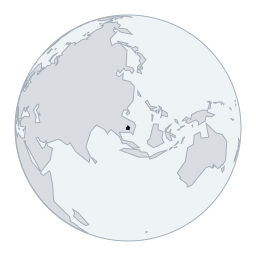 globe centered on Kâmpóng Thum, rotated 326°
{"feature_id": "KHM-1788", "entity_name": "Kâmpóng Thum", "entity_type": "Province", "adm_level": 1, "iso_a3": "KHM", "parent_name": "Cambodia", "parent_adm1": "", "projection": "orthographic", "projection_center": [105.072, 12.831], "detail": "fine", "context": "on_globe", "style": "filled", "palette": "ink", "viewbox_px": 256, "rotation_deg": 326, "n_neighbors": 0, "source": "natural_earth", "source_scale": "10m", "svg_char_len": 9693}
<svg xmlns="http://www.w3.org/2000/svg" viewBox="0 0 256 256"><g transform="rotate(326 128 128)"><circle cx="128" cy="128" r="113" fill="#eef3f6" stroke="#a8b0b8"/><path d="M232.5,164.6L232.3,165.4L232.3,165.5L232.5,164.6ZM179.8,28.0L180.2,28.3L184.2,30.8L180.4,28.7L190.6,35.4L193.6,38.7L187.9,33.6L185.6,32.2L186.5,33.5L184.3,32.4L183.5,32.5L180.7,31.1L177.7,28.7L175.9,27.9L176.6,28.9L174.3,28.5L173.5,27.0L169.5,26.2L163.6,22.8L163.7,21.3L158.1,19.5L157.5,19.3L165.1,21.7L172.6,24.6L179.8,28.0ZM232.0,84.8L232.0,84.7L231.9,84.5L232.0,84.8ZM187.6,33.0L186.9,32.3L188.3,33.4L187.6,33.0ZM183.8,32.8L184.7,33.4L183.9,33.2L183.8,32.8ZM179.0,31.1L177.4,30.8L178.5,30.6L179.0,31.1ZM176.1,30.3L172.3,30.0L174.0,31.2L167.0,27.8L172.6,29.0L173.7,28.6L174.4,29.5L176.1,30.3ZM163.8,26.2L162.4,25.9L163.3,25.7L163.8,26.2ZM155.4,18.8L155.2,18.7L151.9,18.0L151.4,17.9L148.8,17.3L151.7,17.9L155.4,18.8ZM146.7,16.9L145.3,16.7L147.5,17.1L145.1,16.8L143.9,16.5L143.4,16.5L142.6,16.4L146.7,16.9ZM137.1,15.7L137.3,15.8L136.2,15.7L137.1,15.7ZM140.3,16.0L138.3,15.8L138.6,15.9L140.3,16.0ZM143.9,16.7L147.9,17.3L148.1,17.4L143.9,16.7ZM136.1,15.7L136.7,15.7L135.8,15.6L136.1,15.7ZM141.4,16.3L142.8,16.5L141.4,16.3ZM136.7,15.8L136.0,15.7L137.0,15.8L136.7,15.8ZM138.8,16.0L138.6,16.1L137.9,15.9L139.4,16.1L138.8,16.0ZM141.3,16.3L141.8,16.4L140.7,16.3L141.3,16.3ZM133.1,15.8L131.9,15.5L134.3,15.6L135.1,15.8L133.1,15.8ZM39.0,58.9L38.9,59.4L38.1,60.7L34.7,65.2L31.0,74.2L34.0,70.8L34.1,76.8L36.5,78.4L43.7,69.7L39.8,66.8L42.7,61.9L48.6,60.4L52.5,63.5L53.8,61.8L54.3,56.5L58.2,54.3L54.8,54.5L53.9,56.6L51.8,57.0L52.4,55.2L53.8,54.3L53.5,52.9L47.1,57.7L45.5,60.3L42.8,59.5L39.9,64.0L38.1,65.4L42.3,58.5L44.2,56.4L49.4,48.8L47.2,50.8L42.1,58.3L42.3,57.4L39.2,60.8L41.8,57.4L47.9,49.3L47.5,49.2L47.3,49.5L58.2,39.6L57.9,39.9L61.5,37.5L61.5,37.9L67.2,34.2L68.0,34.1L64.4,36.2L62.0,38.1L62.7,39.8L64.1,39.4L67.7,37.0L67.5,38.0L70.9,35.5L73.4,35.9L73.2,33.5L77.5,31.2L81.4,30.3L82.7,29.2L76.5,30.9L74.0,32.1L71.9,33.6L65.2,37.0L64.0,37.1L71.0,32.4L70.1,32.1L75.9,29.0L89.2,25.5L92.6,25.9L89.2,30.8L85.9,31.7L85.5,30.3L82.0,33.5L84.1,32.3L83.9,33.3L87.9,31.8L88.0,32.5L91.8,30.1L92.3,30.8L89.9,32.3L96.3,31.2L98.5,32.5L99.9,32.0L100.8,31.0L103.0,33.6L103.9,33.1L103.6,32.1L105.3,30.5L109.1,28.9L109.6,29.9L108.3,30.6L106.4,33.7L102.8,35.8L103.5,36.0L106.7,34.5L109.0,30.6L111.2,29.4L110.5,31.1L110.9,30.4L112.2,30.1L113.9,30.9L114.8,29.0L127.7,26.0L132.3,27.5L130.3,29.1L139.9,29.2L144.4,31.7L144.0,30.6L148.4,30.4L147.1,29.6L147.2,29.1L157.8,29.1L160.7,30.1L164.9,29.6L164.8,29.1L162.9,28.3L167.0,27.8L174.0,31.2L174.0,32.0L178.4,33.9L177.8,35.7L179.3,38.3L176.2,39.6L177.7,41.8L179.2,42.3L182.4,46.0L183.6,52.4L175.9,44.8L172.7,36.4L173.4,39.4L171.2,38.1L170.2,39.0L170.9,41.4L172.2,42.0L163.0,44.1L160.6,50.8L165.6,50.9L168.8,53.5L170.5,63.1L161.1,75.5L165.3,80.5L165.5,83.6L161.9,85.2L161.4,80.6L157.8,78.8L158.1,76.2L152.1,77.8L152.3,74.1L147.6,77.5L149.4,80.5L154.6,80.2L150.5,85.0L155.8,90.7L156.4,97.2L147.5,108.1L138.4,111.1L137.9,113.2L134.3,110.6L129.5,114.4L136.1,126.8L135.9,130.2L128.2,136.3L128.0,133.7L118.5,126.8L116.7,134.9L123.9,142.3L126.3,150.5L120.8,147.6L118.3,140.4L114.9,137.7L115.9,130.6L113.2,119.7L107.6,121.3L108.0,117.0L103.5,107.9L95.4,109.9L82.7,119.8L80.8,130.5L76.4,134.7L71.4,118.2L71.7,107.7L68.2,108.1L64.4,98.5L53.0,95.5L52.8,92.6L50.4,93.3L47.9,89.8L48.3,85.3L46.1,84.9L45.5,97.0L48.0,97.5L52.2,94.0L51.4,98.1L54.0,102.6L45.8,110.9L31.3,115.6L32.4,107.4L34.3,83.7L35.7,81.6L35.8,81.3L36.0,80.8L33.6,84.2L34.8,79.8L31.0,95.5L29.3,102.0L31.1,116.0L30.3,117.0L31.6,120.2L38.9,119.5L38.4,122.2L33.4,133.4L25.5,147.1L28.0,159.1L29.9,168.6L28.2,173.1L31.6,180.8L31.2,182.5L33.4,186.7L34.9,190.3L36.2,193.2L35.8,192.7L31.4,186.0L27.6,179.0L24.2,171.8L21.4,164.4L19.1,156.8L17.3,149.0L16.1,141.2L15.5,133.2L15.4,125.3L15.9,117.3L16.9,109.4L18.5,101.6L20.6,94.0L23.3,86.5L26.5,79.2L30.2,72.2L34.4,65.4L39.0,58.9ZM54.1,72.1L58.1,74.1L60.7,67.7L62.5,68.1L62.8,65.9L60.9,67.3L62.2,61.7L65.5,60.8L67.3,58.4L66.0,57.7L59.7,60.2L57.9,68.1L55.1,70.0L54.1,72.1ZM64.9,34.7L65.0,34.6L71.9,30.3L72.3,30.2L70.9,30.9L70.4,31.3L68.1,32.6L61.7,37.1L59.5,38.6L59.9,38.3L64.9,34.7ZM89.4,22.2L88.9,22.4L86.4,23.3L89.4,22.2ZM98.4,19.3L97.6,19.5L97.8,19.5L98.4,19.3ZM125.9,15.4L124.5,15.4L127.3,15.4L124.7,15.5L125.7,15.5L124.1,15.9L119.7,16.2L121.2,16.3L120.0,16.7L116.5,17.2L117.6,16.7L112.8,17.7L112.3,17.3L111.8,17.5L110.0,17.5L106.9,17.9L107.1,17.7L105.8,18.0L104.6,18.1L102.9,18.4L102.7,18.3L100.6,18.8L101.8,18.5L98.1,19.4L100.8,18.7L100.1,18.9L108.6,17.0L117.2,15.9L125.9,15.4ZM134.1,15.5L133.6,15.5L133.4,15.5L132.2,15.4L133.1,15.5L131.7,15.5L132.0,15.6L130.2,15.6L132.6,15.9L127.5,16.0L124.7,16.0L128.7,15.4L128.2,15.4L129.6,15.4L134.1,15.5ZM39.5,59.3L39.3,59.9L39.5,60.2L37.6,62.5L39.5,59.3ZM43.5,53.7L41.1,56.8L41.3,56.4L43.5,53.7ZM46.0,51.3L43.9,53.5L45.2,52.0L46.0,51.3ZM64.8,36.2L65.3,36.2L64.4,36.8L63.2,37.5L64.8,36.2ZM102.3,21.3L103.4,20.7L104.1,20.6L107.8,19.6L108.5,20.0L106.6,20.7L102.3,21.3ZM41.7,70.7L39.7,72.0L40.0,70.9L40.6,70.7L41.7,70.7ZM37.6,67.0L37.5,68.9L37.0,67.6L37.6,67.0ZM103.7,21.5L105.2,21.0L104.6,21.5L103.7,21.5ZM109.3,20.2L109.0,20.7L109.1,19.9L109.3,20.2ZM84.1,223.8L86.4,225.1L84.9,224.9L84.1,223.8ZM39.4,170.8L41.4,186.3L38.7,185.4L36.0,180.2L33.7,170.5L36.2,168.7L36.8,164.6L39.4,170.8ZM154.7,170.2L158.0,170.7L157.9,171.2L154.7,170.2ZM151.2,168.4L155.0,168.6L150.5,169.4L151.2,168.4ZM156.5,168.7L160.5,167.8L162.1,167.0L161.8,168.1L156.5,168.7ZM148.6,168.3L134.2,167.6L128.6,165.9L129.9,164.2L139.1,165.1L148.6,168.3ZM129.5,164.1L120.8,158.3L109.0,142.0L113.2,142.6L125.6,152.8L124.8,154.4L130.0,158.8L129.5,164.1ZM150.4,155.4L149.6,160.2L141.7,159.4L138.1,158.5L135.6,152.2L137.0,149.1L140.0,149.3L151.4,139.0L155.3,141.8L151.8,146.2L155.1,150.5L150.4,155.4ZM81.2,131.6L83.5,138.4L81.1,139.2L81.2,131.6ZM155.9,131.7L151.4,136.2L155.5,130.1L155.9,131.7ZM158.4,125.9L158.7,128.3L156.8,125.9L158.4,125.9ZM137.8,116.4L134.7,116.8L134.6,115.1L138.5,113.7L137.8,116.4ZM156.8,102.8L156.8,107.6L156.2,109.2L154.8,106.3L156.8,102.8ZM111.9,26.1L105.9,26.9L102.0,28.2L100.6,29.9L100.0,28.1L106.0,26.1L111.9,26.1ZM125.7,25.8L126.9,24.7L128.1,25.2L128.0,25.5L125.7,25.8ZM125.2,25.1L123.5,23.8L125.3,23.2L126.3,24.3L125.2,25.1ZM113.4,22.0L111.5,22.2L112.0,21.7L113.4,22.0ZM206.3,207.4L206.5,207.8L203.3,210.8L199.3,214.1L196.6,215.5L206.3,207.4ZM181.5,217.4L182.5,214.2L186.3,213.7L183.8,216.6L181.5,217.4ZM209.0,204.9L211.9,201.6L214.1,197.9L212.4,201.1L213.4,200.8L207.1,207.4L209.0,204.9ZM170.5,204.5L148.7,211.0L144.1,210.1L145.7,207.3L142.5,198.6L144.1,198.8L143.7,192.8L156.8,187.7L166.4,177.7L173.2,178.3L178.7,171.0L185.5,171.5L183.1,177.3L189.8,180.9L195.3,167.8L198.3,181.4L202.5,186.0L202.4,194.4L191.2,208.8L185.7,211.8L185.1,210.6L182.7,212.1L179.6,211.7L178.8,207.3L176.4,208.8L179.1,205.3L175.5,208.4L174.3,205.6L170.5,204.5ZM218.6,177.9L219.3,178.1L220.2,180.3L219.0,180.1L218.6,177.9ZM230.6,167.9L230.6,169.0L230.0,169.5L230.6,167.9ZM232.3,165.5L231.5,166.2L232.5,164.6L232.3,165.5ZM223.8,169.3L224.1,170.1L223.7,170.5L223.8,169.3ZM223.5,169.1L224.1,167.6L223.9,169.0L223.5,169.1ZM220.4,162.1L220.9,161.4L221.1,161.9L220.4,162.1ZM163.0,170.9L167.7,167.2L170.2,166.9L163.0,170.9ZM219.8,160.7L218.5,160.7L218.7,159.9L219.8,160.7ZM219.9,158.9L219.9,157.9L220.5,160.3L219.9,158.9ZM217.6,156.8L219.1,158.5L217.4,157.1L217.6,156.8ZM216.6,157.2L215.4,156.4L215.5,156.1L216.6,157.2ZM202.7,159.3L207.1,165.4L203.4,165.4L199.3,161.7L195.8,165.4L187.9,164.9L189.8,162.7L188.8,159.2L180.6,157.9L178.9,155.7L181.9,154.2L176.4,152.4L182.5,151.4L184.9,156.0L188.3,152.4L194.0,153.2L199.5,154.7L203.8,158.0L202.7,159.3ZM182.4,161.5L183.4,161.5L182.4,162.9L182.4,161.5ZM213.2,154.0L214.9,156.2L214.7,156.7L213.8,156.4L213.2,154.0ZM204.8,157.1L209.4,153.2L210.5,153.2L207.4,157.6L204.8,157.1ZM208.4,150.7L210.5,151.2L211.5,153.3L211.1,153.9L208.4,150.7ZM170.0,157.2L169.7,158.4L168.2,157.4L170.0,157.2ZM172.1,156.4L176.8,157.9L171.6,157.5L172.1,156.4ZM157.4,151.7L158.8,154.8L163.3,152.9L159.9,155.6L162.9,160.7L161.8,162.5L158.8,157.1L157.7,162.6L155.7,162.4L154.6,157.6L156.7,151.9L158.7,149.6L166.8,148.8L157.4,151.7ZM172.1,152.7L170.8,149.2L171.7,146.9L173.1,148.7L172.1,152.7ZM166.9,140.7L163.5,136.5L160.4,138.0L166.6,132.5L168.9,137.4L166.9,140.7ZM163.9,131.7L161.0,133.0L164.0,129.8L163.9,131.7ZM160.3,131.6L159.9,128.8L162.2,129.2L160.3,131.6ZM165.4,131.9L165.9,127.1L167.1,129.9L165.4,131.9ZM158.8,122.5L163.8,127.2L157.3,125.1L156.8,116.0L159.5,115.9L158.8,122.5ZM172.4,87.3L171.6,84.8L174.0,84.4L173.9,86.1L172.4,87.3ZM181.1,81.5L174.4,83.5L168.9,85.4L170.7,86.6L169.7,90.7L166.8,86.8L170.4,82.4L174.7,81.7L175.0,78.4L177.9,76.3L176.9,72.2L178.0,70.5L180.3,74.1L181.1,81.5ZM176.2,70.5L175.4,63.6L180.0,64.8L181.2,66.6L179.7,69.1L177.3,68.3L176.2,70.5ZM176.5,62.4L174.2,61.6L168.1,51.9L168.0,50.3L175.1,57.8L173.3,57.6L174.0,59.9L176.5,62.4ZM163.0,26.4L162.5,25.9L163.7,26.4L163.0,26.4ZM146.4,28.6L146.8,28.1L148.3,28.5L146.4,28.6ZM148.8,26.8L146.9,26.7L148.7,26.4L148.8,26.8ZM142.7,26.6L146.1,26.4L143.1,27.2L142.7,26.6Z" fill="#d9dde1" stroke="#a8b0b8" stroke-width="1"/><path d="M126.7,128.5L126.4,128.3L126.3,128.2L126.5,128.0L126.5,127.9L126.7,127.7L126.8,127.6L126.8,127.4L126.9,127.2L127.0,127.2L127.3,127.0L127.5,127.0L127.6,127.3L127.9,127.4L128.0,127.3L128.2,127.2L128.6,126.9L128.9,126.7L128.9,126.9L128.9,127.0L129.0,127.1L129.0,127.4L129.1,127.5L129.1,127.8L129.2,128.0L129.3,128.4L129.3,128.6L128.9,128.7L128.7,128.7L128.6,128.9L128.4,128.9L128.2,128.9L128.2,129.0L128.3,129.2L128.2,129.3L128.2,129.2L127.9,129.2L127.7,129.1L127.7,128.9L127.6,128.7L127.4,128.6L127.2,128.5L126.9,128.6L126.7,128.5Z" fill="#0f172a" stroke="#020617" stroke-width="1.5"/></g></svg>